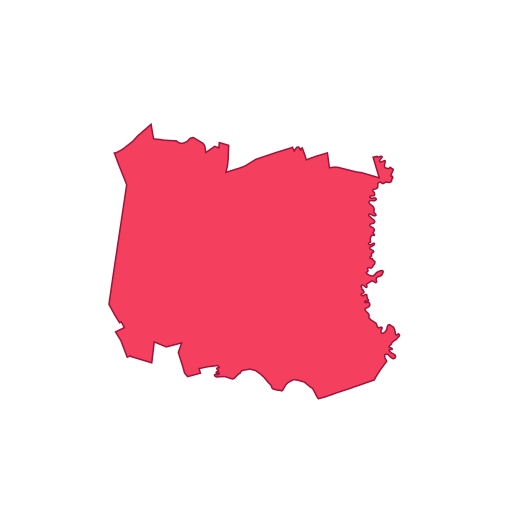 Sepreus, Arad, Romania, rotated 240°
{"feature_id": "2599482B37424081846872", "entity_name": "Sepreus", "entity_type": "district", "adm_level": 2, "iso_a3": "ROU", "parent_name": "Romania", "parent_adm1": "Arad", "projection": "mercator", "projection_center": [21.705, 46.561], "detail": "fine", "context": "isolated", "style": "filled", "palette": "rose", "viewbox_px": 512, "rotation_deg": 240, "n_neighbors": 0, "source": "geoboundaries", "source_scale": "gbopen_adm2", "svg_char_len": 6150}
<svg xmlns="http://www.w3.org/2000/svg" viewBox="0 0 512 512"><g transform="rotate(240 256 256)"><path d="M280.4,411.5L280.8,410.6L281.8,410.7L283.0,406.8L262.1,401.8L275.3,389.2L278.7,384.8L291.9,371.2L293.9,368.1L295.7,363.7L309.6,369.4L312.3,358.2L314.2,347.6L319.0,348.8L326.4,350.1L326.5,348.7L325.5,348.0L325.4,347.5L329.0,347.5L329.8,345.6L328.6,343.2L327.8,342.0L327.8,341.6L328.9,342.0L330.0,341.7L331.9,342.0L332.0,340.9L335.7,324.6L339.8,304.2L339.4,291.6L340.3,286.0L343.5,271.8L348.4,276.4L353.5,280.1L365.5,287.7L372.6,280.9L368.2,277.9L371.6,275.1L370.7,264.3L377.1,266.7L380.1,266.4L390.0,260.9L390.9,257.9L389.6,253.6L390.0,249.8L390.5,248.3L391.5,246.9L392.6,245.9L395.8,244.4L395.9,244.0L402.6,233.8L404.4,231.8L408.4,226.1L410.0,226.3L422.5,231.0L419.2,213.8L417.0,206.9L415.3,195.4L415.1,191.5L415.2,189.3L415.3,187.3L416.0,184.7L414.9,184.7L404.6,182.9L382.5,179.7L381.9,179.3L306.5,119.3L287.7,104.5L275.4,104.2L266.4,104.5L266.3,106.4L259.8,106.2L260.5,96.4L250.4,96.7L232.8,93.9L232.2,97.4L231.3,97.6L215.6,112.3L232.5,124.9L222.1,132.9L217.9,148.2L211.3,140.5L196.8,137.3L190.6,135.7L189.1,135.8L185.7,136.5L182.3,149.3L187.0,150.4L184.3,158.6L180.2,168.2L177.9,168.5L177.8,168.2L177.9,167.5L178.5,166.8L178.4,166.1L177.9,165.6L176.8,165.8L175.9,166.3L175.3,166.0L174.9,165.6L175.4,164.6L175.4,163.9L175.0,163.3L174.5,163.4L173.8,164.0L173.4,165.3L172.7,165.5L172.2,165.1L172.5,163.4L173.8,161.9L173.9,161.2L173.8,160.6L173.5,160.4L172.8,160.3L171.5,160.9L170.6,161.8L170.3,162.9L167.1,168.8L161.2,174.1L160.9,176.2L162.0,179.9L162.5,182.2L162.5,183.6L163.8,186.0L162.9,189.5L161.9,191.8L161.2,194.1L156.9,198.4L151.7,200.8L147.3,202.2L139.8,203.5L137.3,204.3L135.2,204.3L134.5,203.9L132.9,204.0L131.9,204.6L128.7,208.0L127.6,209.8L126.6,210.4L126.3,210.9L126.4,212.0L129.4,217.1L130.2,219.7L130.4,222.1L130.2,225.5L130.1,226.5L129.8,227.3L127.4,230.2L122.7,234.8L115.5,237.5L113.2,238.7L111.0,238.8L103.5,238.4L101.2,238.6L99.4,245.4L97.2,257.4L93.8,273.7L93.9,274.4L93.2,277.1L89.5,296.6L91.2,299.0L95.3,306.9L99.6,316.7L102.5,316.6L103.5,316.8L104.7,317.2L105.6,317.8L106.0,318.4L106.1,319.0L105.7,320.1L105.1,320.8L104.4,321.2L101.5,321.8L99.3,322.8L98.5,323.3L98.2,324.0L98.2,325.2L98.4,326.0L99.0,326.5L99.7,326.8L100.6,326.9L102.3,326.2L103.8,325.2L104.9,324.6L107.3,323.9L107.7,324.0L108.0,324.4L108.1,324.9L107.2,326.6L107.1,327.1L107.3,327.5L107.6,327.6L108.3,327.4L110.0,325.9L110.5,325.7L111.0,325.8L111.2,326.1L111.9,328.9L112.9,330.3L113.6,332.9L113.5,335.0L113.7,336.0L115.1,340.2L115.6,340.7L117.0,340.7L117.4,340.4L117.5,340.0L117.2,338.8L117.3,338.3L117.8,337.8L118.4,337.7L120.7,338.6L123.0,339.2L125.3,339.5L126.1,339.3L127.7,338.3L129.4,337.6L130.0,337.2L130.1,336.4L130.0,335.7L129.4,334.6L127.2,332.6L126.1,330.9L125.6,329.5L125.5,328.3L125.7,327.1L126.0,326.5L126.8,326.2L127.8,326.2L128.3,326.5L129.0,327.1L130.1,328.8L130.6,329.3L131.1,329.3L131.6,329.1L131.9,328.7L132.2,326.9L132.6,326.2L133.3,325.8L134.0,325.7L136.6,326.3L137.9,326.3L143.5,323.4L144.1,323.4L145.6,322.9L145.9,322.9L147.9,324.2L149.3,324.6L151.1,324.3L153.2,323.6L154.9,323.5L155.3,323.8L155.7,324.6L155.8,325.2L155.6,327.4L155.7,328.5L156.1,329.5L157.2,330.4L158.5,330.7L159.3,330.6L159.8,330.2L160.9,327.5L161.6,327.0L162.0,327.0L162.4,327.8L162.3,328.4L161.1,330.5L161.1,331.1L161.4,331.4L163.4,331.2L165.4,331.7L166.7,332.5L167.4,332.4L167.9,331.9L168.0,330.9L167.9,328.8L168.1,328.5L168.9,328.0L169.8,327.6L170.1,327.7L170.3,328.0L170.2,329.6L170.3,330.7L170.6,331.4L171.2,331.6L171.7,331.7L172.3,331.5L172.9,331.7L173.3,331.7L173.8,331.1L174.5,331.2L175.6,331.8L177.0,331.7L177.8,332.5L177.8,333.2L177.4,334.0L176.8,334.5L174.1,335.3L173.5,336.0L173.8,336.7L176.2,337.6L176.4,338.1L176.6,343.9L175.1,345.1L173.2,346.1L173.0,346.7L173.1,347.4L173.8,347.8L175.6,348.3L176.5,349.0L176.9,350.1L177.0,351.2L176.4,354.2L176.6,355.5L178.4,358.0L179.1,358.4L179.8,358.4L180.5,357.8L180.9,356.6L181.3,354.7L181.4,352.2L180.4,349.1L180.2,347.3L180.8,346.2L182.8,344.3L184.6,343.4L185.7,343.1L186.5,343.2L186.6,343.6L186.7,345.0L187.1,345.6L189.3,346.3L189.7,346.7L189.8,347.3L189.5,347.9L188.3,349.1L188.0,349.7L187.9,350.6L188.4,351.7L189.1,352.7L189.9,354.9L191.4,356.1L192.1,356.1L193.7,355.3L195.6,355.5L196.4,354.0L197.1,353.7L197.6,353.8L198.0,354.3L198.1,355.7L198.3,356.1L200.2,357.0L200.5,357.6L200.5,359.2L200.7,359.9L201.2,360.2L201.9,360.2L205.1,358.3L205.8,358.3L206.3,358.6L206.6,359.3L206.4,361.6L206.4,363.1L206.8,364.2L207.2,364.7L207.6,364.8L208.0,364.7L208.4,364.0L208.3,361.3L208.9,360.1L209.4,359.7L210.2,359.6L210.7,359.8L210.9,360.5L210.8,362.0L211.1,362.5L213.0,363.1L213.8,363.5L214.9,364.7L215.7,365.8L216.0,366.6L215.7,367.3L214.7,368.7L214.8,369.0L215.1,369.2L216.9,368.9L217.7,369.2L218.8,371.1L219.5,371.6L220.9,371.7L221.6,371.6L222.9,370.9L224.3,369.8L225.1,369.6L225.9,369.9L226.3,370.6L226.3,371.6L225.6,374.1L225.7,375.2L226.3,376.0L227.1,376.2L228.2,376.1L231.1,374.9L234.2,374.0L234.8,373.9L235.3,374.2L235.7,374.7L235.5,375.5L233.5,377.1L232.0,378.0L231.5,378.8L231.2,379.7L231.4,380.4L232.0,380.6L234.7,380.0L235.5,380.3L236.7,381.3L238.2,382.0L239.5,382.2L241.1,381.9L243.6,380.8L244.9,380.5L246.0,380.5L246.5,381.0L246.8,381.9L246.6,383.2L244.9,385.5L244.5,386.7L244.5,387.6L244.9,388.4L245.6,388.7L246.5,388.4L247.2,387.5L247.8,385.7L248.4,384.7L249.4,384.1L250.3,384.1L250.7,384.5L250.6,385.4L249.3,388.1L249.3,388.9L249.9,389.5L250.7,389.9L252.2,390.1L253.8,389.8L254.4,389.9L254.8,390.3L255.0,390.9L254.2,393.4L254.2,394.5L254.4,395.4L254.9,396.0L257.7,397.7L258.2,398.6L258.2,400.0L257.9,400.7L256.0,401.5L255.5,401.8L255.1,402.4L255.1,405.3L254.8,405.9L253.3,407.6L252.9,408.5L252.7,409.4L253.0,410.6L254.1,411.8L254.9,412.1L255.0,413.1L255.4,413.6L255.9,413.8L256.9,413.9L257.2,413.7L257.4,412.9L257.8,412.9L258.7,413.4L261.1,416.8L262.2,418.1L262.8,418.1L264.0,417.1L265.5,416.9L265.7,416.6L265.3,414.7L267.7,412.0L269.4,412.0L271.3,413.4L273.3,415.3L273.9,415.5L274.3,415.2L275.0,411.1L275.3,410.6L275.6,410.3L276.4,410.3L276.9,410.8L277.7,412.5L278.3,414.4L278.6,414.8L279.1,414.8L279.8,414.4L280.1,413.4L280.4,411.5Z" fill="#f43f5e" stroke="#9f1239" stroke-width="1.5"/></g></svg>